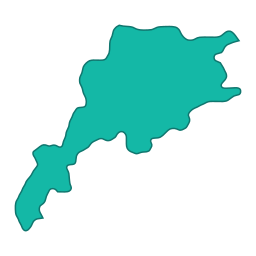 outline of Monción, Santiago Rodríguez, Dominican Republic
{"feature_id": "3306468B58364807671066", "entity_name": "Monción", "entity_type": "district", "adm_level": 2, "iso_a3": "DOM", "parent_name": "Dominican Republic", "parent_adm1": "Santiago Rodríguez", "projection": "mercator", "projection_center": [-71.168, 19.384], "detail": "fine", "context": "isolated", "style": "filled", "palette": "teal", "viewbox_px": 256, "rotation_deg": 0, "n_neighbors": 0, "source": "geoboundaries", "source_scale": "gbopen_adm2", "svg_char_len": 4670}
<svg xmlns="http://www.w3.org/2000/svg" viewBox="0 0 256 256"><path d="M119.2,25.3L116.6,26.8L115.5,27.8L114.1,29.5L113.4,30.9L112.1,36.1L110.6,39.5L110.1,41.0L109.8,43.6L109.6,49.8L109.2,52.3L109.0,53.2L108.4,54.5L106.7,57.5L105.9,58.7L105.4,59.1L104.7,59.5L104.1,59.8L102.6,60.1L100.2,60.2L93.2,60.1L91.4,60.3L89.7,60.7L88.2,61.5L86.3,63.0L84.6,64.9L83.7,66.3L83.3,67.1L82.9,68.6L82.2,71.7L81.8,73.1L80.3,76.4L79.8,77.9L79.6,79.5L79.6,81.1L79.8,82.7L80.0,83.4L81.9,87.4L82.4,88.9L83.1,92.0L83.6,93.5L85.2,96.8L85.8,98.3L86.1,99.8L86.3,101.4L86.2,103.0L86.0,104.5L85.5,105.8L85.0,106.4L84.4,106.8L83.1,107.2L78.9,107.6L77.6,108.0L77.0,108.4L76.1,109.4L73.4,113.5L72.0,117.1L70.0,121.1L69.5,122.6L68.8,126.5L68.2,127.9L66.7,131.2L66.2,132.7L65.7,135.9L65.2,137.4L63.5,141.4L62.6,144.9L62.1,146.0L61.6,146.5L61.0,146.9L60.4,147.1L59.7,147.1L58.5,146.8L56.2,145.6L54.9,145.2L53.5,145.1L52.8,145.2L50.3,145.9L49.1,146.1L48.0,145.8L45.6,145.0L44.1,144.9L43.4,144.9L41.8,145.4L39.8,146.7L36.6,149.2L33.9,151.2L33.4,151.7L33.1,152.4L33.0,153.0L33.1,154.4L33.6,155.7L35.0,158.0L37.1,162.6L37.5,163.8L37.6,164.5L37.5,165.2L37.2,165.9L36.4,167.1L33.5,170.9L31.3,175.0L30.3,176.4L27.6,179.6L26.2,181.6L25.0,184.5L22.8,188.3L21.6,191.2L19.4,195.0L18.2,197.9L16.4,201.1L16.1,201.8L15.7,203.4L15.4,205.8L15.4,209.2L15.6,212.5L15.9,214.1L16.4,215.5L18.2,218.8L19.3,221.7L21.1,225.0L22.5,228.3L23.3,229.4L23.8,229.9L24.3,230.3L25.0,230.6L25.7,230.7L26.4,230.6L27.1,230.3L27.8,230.0L28.9,229.0L30.4,227.2L31.3,225.8L32.6,223.0L33.3,221.7L34.2,220.6L35.4,219.7L36.0,219.3L37.5,218.8L42.9,218.0L41.7,215.6L40.3,213.0L39.7,211.7L39.3,210.2L39.3,208.6L39.4,207.9L39.8,206.6L40.1,206.0L40.6,205.5L43.2,203.5L44.1,202.5L44.9,201.3L45.4,199.9L46.4,196.3L47.5,193.9L49.5,190.0L50.0,189.5L50.7,189.0L51.4,188.8L53.0,188.6L54.6,189.0L55.9,189.8L57.7,191.8L64.7,191.9L67.3,191.7L68.8,191.3L69.4,190.9L70.5,190.0L71.1,188.8L71.2,188.2L71.2,187.5L70.9,186.3L70.2,184.6L69.8,183.0L69.5,180.5L69.0,175.1L68.8,173.4L68.3,171.8L67.2,169.4L66.7,168.2L66.7,166.9L67.0,166.3L67.3,165.7L67.9,165.3L68.5,165.0L69.9,164.7L72.8,164.4L74.1,164.0L74.7,163.5L75.2,163.0L75.7,161.6L76.2,157.6L76.5,155.9L77.2,154.5L78.0,153.3L79.1,152.3L79.7,151.9L83.1,150.3L87.9,147.4L88.9,146.4L90.5,144.2L91.4,143.1L92.5,142.2L93.8,141.4L98.4,139.2L99.7,138.7L100.4,138.6L101.9,138.6L102.7,138.8L105.8,140.2L107.2,140.6L108.7,140.6L110.1,140.3L111.4,139.7L114.9,137.5L115.8,136.5L117.1,134.2L118.6,132.6L119.8,131.9L120.5,131.7L121.3,131.6L122.1,131.7L122.9,131.8L124.2,132.6L125.2,133.7L125.9,135.0L126.2,135.7L126.4,137.3L126.4,143.9L126.6,146.3L127.1,147.9L127.4,148.6L128.3,149.8L129.4,150.8L130.7,151.6L134.6,153.2L135.8,153.6L136.5,153.7L137.8,153.5L141.0,152.4L142.5,152.1L146.4,151.8L147.8,151.4L149.1,150.8L149.6,150.2L150.9,147.9L151.7,146.2L151.8,144.9L151.7,144.3L150.9,142.2L150.6,141.1L150.7,140.5L150.9,139.8L151.2,139.3L151.7,138.8L152.3,138.5L153.6,138.2L158.1,137.8L159.6,137.4L160.3,137.1L161.7,136.2L163.0,135.2L167.1,131.2L168.3,130.1L169.7,129.2L170.4,128.9L172.0,128.5L174.3,128.4L176.5,128.9L179.5,130.1L180.8,130.1L182.1,129.8L184.4,128.7L185.6,128.0L186.2,127.5L187.0,126.4L188.7,123.3L189.5,121.4L189.6,120.6L189.6,119.1L189.4,118.4L188.4,115.5L188.4,114.9L188.5,114.2L188.7,113.5L189.5,112.2L190.6,111.0L191.8,109.9L193.1,109.0L194.5,108.2L197.3,107.0L200.6,105.2L203.4,104.0L206.7,102.3L208.1,101.8L209.8,101.5L212.4,101.4L222.8,101.5L224.5,101.3L226.2,101.0L227.0,100.7L228.3,100.0L232.0,97.3L233.8,96.1L235.2,95.6L238.5,94.7L239.1,94.5L239.7,94.0L240.1,93.5L240.4,92.8L240.6,92.2L240.6,90.8L240.5,90.1L240.2,89.5L239.7,88.8L239.0,88.4L238.3,88.1L236.8,87.8L235.1,87.8L227.0,88.2L224.5,88.2L223.1,87.9L222.4,87.6L221.8,87.0L221.4,86.4L221.2,85.7L221.2,85.0L221.4,84.3L222.1,83.1L225.1,79.7L225.9,78.4L226.5,76.9L226.5,75.4L226.4,74.6L226.0,73.3L224.7,70.7L223.4,67.9L220.3,62.8L216.0,60.9L214.9,60.1L214.5,59.4L214.2,58.7L214.0,57.1L214.5,55.6L215.0,54.9L215.5,54.4L216.7,53.9L221.5,52.5L222.8,50.9L224.1,48.3L224.8,47.1L225.8,46.0L226.9,45.0L228.2,44.3L232.9,42.4L235.2,41.7L239.0,40.7L235.3,35.5L233.5,33.4L231.8,32.0L230.4,31.3L229.7,31.2L228.1,31.2L226.6,31.7L225.3,32.5L221.6,35.5L220.2,36.3L218.6,36.8L216.8,37.1L215.1,37.2L204.2,37.1L199.8,37.3L197.3,37.9L194.1,39.5L192.6,40.0L191.1,40.2L189.5,40.2L187.9,40.0L187.1,39.7L185.7,38.9L184.4,37.9L183.2,36.7L181.7,34.7L180.9,33.3L179.6,30.6L178.8,29.4L177.1,27.9L175.7,27.2L174.8,27.0L172.2,26.6L169.5,26.5L164.0,26.6L160.4,26.8L158.6,27.0L157.0,27.4L153.0,29.2L151.4,29.7L148.0,30.0L143.6,30.1L140.1,29.9L137.6,29.4L136.1,28.9L132.8,27.3L131.2,26.9L129.4,26.6L123.2,26.1L119.2,25.3Z" fill="#14b8a6" stroke="#0f766e" stroke-width="1.5"/></svg>